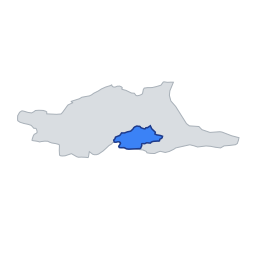 Racha-Lechkhumi-Kvemo Svaneti highlighted on a map of Georgia, rotated 163°
{"feature_id": "GEO-3035", "entity_name": "Racha-Lechkhumi-Kvemo Svaneti", "entity_type": "Region", "adm_level": 1, "iso_a3": "GEO", "parent_name": "Georgia", "parent_adm1": "", "projection": "robinson", "projection_center": [43.138, 42.637], "detail": "fine", "context": "in_parent", "style": "filled", "palette": "blue", "viewbox_px": 256, "rotation_deg": 163, "n_neighbors": 0, "source": "natural_earth", "source_scale": "10m", "svg_char_len": 3076}
<svg xmlns="http://www.w3.org/2000/svg" viewBox="0 0 256 256"><g transform="rotate(163 128 128)"><path d="M131.0,174.0L131.0,173.3L130.8,172.2L129.8,171.4L128.5,170.9L126.0,171.1L123.7,170.5L122.1,169.1L121.7,168.0L122.6,167.2L121.9,166.4L119.1,164.7L114.4,160.4L111.8,159.4L110.8,156.7L109.7,156.1L107.5,155.9L105.1,156.1L104.6,156.4L103.9,156.9L102.1,160.3L100.8,161.4L97.6,160.9L95.0,160.1L92.9,159.6L88.7,159.3L84.0,159.3L80.8,161.7L79.5,161.4L77.1,160.2L73.2,159.2L71.2,158.5L77.1,151.3L78.9,147.1L79.0,144.5L79.1,141.3L76.1,134.6L73.5,125.0L70.8,115.1L68.7,112.1L59.8,108.7L57.8,104.8L50.9,99.8L41.3,97.6L39.4,96.7L31.2,90.3L24.7,86.3L26.1,83.8L28.0,81.2L30.1,80.6L35.9,81.6L41.3,82.8L45.3,81.9L50.0,84.0L54.3,86.3L58.6,88.0L67.0,89.5L70.1,91.7L73.8,93.9L88.2,95.0L89.4,94.6L90.4,94.3L95.3,93.5L99.5,93.7L104.0,96.3L106.9,96.2L110.0,95.8L114.0,97.2L117.1,98.7L117.4,100.3L120.1,102.6L128.1,106.1L134.5,108.1L136.5,109.5L141.4,111.8L141.9,112.5L141.8,113.5L140.4,115.2L140.1,116.7L140.8,117.6L142.8,118.5L146.8,118.6L148.3,117.5L151.3,116.8L154.3,115.3L158.3,113.4L163.7,111.7L165.9,111.7L168.0,112.3L169.4,113.2L171.9,116.7L174.3,111.8L174.9,111.4L177.2,112.4L181.1,113.8L183.9,114.5L185.4,115.5L189.6,120.0L196.3,119.8L199.2,120.5L200.7,121.2L201.4,122.1L200.3,126.6L198.7,131.2L198.8,132.4L201.5,134.1L205.3,136.0L207.3,137.5L208.6,138.8L211.6,139.8L215.0,140.4L216.6,140.5L218.4,141.7L222.8,143.8L223.4,144.3L222.7,145.6L220.9,148.1L219.5,149.4L218.0,149.6L216.4,150.1L215.9,151.5L215.9,153.2L216.1,154.4L216.6,154.8L218.1,155.2L219.8,158.8L222.3,160.6L226.1,162.7L229.6,165.1L231.3,167.2L231.0,168.8L229.9,172.0L227.1,174.7L224.7,175.4L223.9,175.2L222.3,174.3L219.2,172.2L215.8,170.6L213.2,171.1L211.4,171.8L208.0,171.0L204.0,169.6L201.9,168.2L201.0,167.1L201.6,165.3L192.4,162.0L188.0,161.0L186.1,162.0L179.4,167.1L178.6,167.6L173.5,168.3L173.5,168.7L174.7,169.7L174.5,170.1L165.9,170.2L163.1,170.9L155.4,170.0L152.9,170.4L150.8,171.2L145.6,172.1L142.0,173.1L137.4,173.7L132.6,173.7L131.0,174.0Z" fill="#d9dde1" stroke="#a8b0b8" stroke-width="1"/><path d="M129.2,106.5L132.1,107.2L133.3,107.5L135.4,108.4L135.9,108.8L137.2,110.2L137.8,110.5L140.6,111.2L141.4,111.6L142.0,111.8L142.3,112.9L141.6,113.8L140.6,114.5L139.7,115.3L139.6,116.4L140.5,117.4L141.9,117.8L143.4,117.9L144.6,118.2L145.3,118.7L145.2,120.6L143.5,121.6L142.8,122.8L142.3,123.0L138.0,123.3L135.5,125.2L134.8,124.9L132.8,124.3L129.7,124.5L126.4,124.2L123.5,125.6L122.4,126.6L121.1,127.1L118.9,127.3L117.4,126.5L116.8,126.4L116.0,125.8L115.6,124.6L114.0,123.3L112.3,122.3L111.6,122.3L110.9,123.0L110.1,122.9L109.3,122.6L106.0,123.6L106.0,122.8L105.7,122.1L105.7,121.1L105.5,120.3L103.1,116.0L104.0,114.4L102.6,113.1L99.1,111.3L97.4,110.0L98.2,108.7L99.2,108.2L100.3,108.1L100.7,108.0L101.0,107.8L101.3,107.1L101.7,106.5L102.5,106.5L103.3,106.8L107.6,107.8L109.4,107.8L110.3,107.5L110.6,107.2L111.0,107.0L114.4,108.4L116.6,108.1L118.5,108.8L119.4,108.9L119.9,108.1L120.0,107.0L120.7,106.4L121.7,105.0L122.7,104.7L123.3,105.0L129.2,106.5Z" fill="#3b82f6" stroke="#1e3a8a" stroke-width="1.5"/></g></svg>